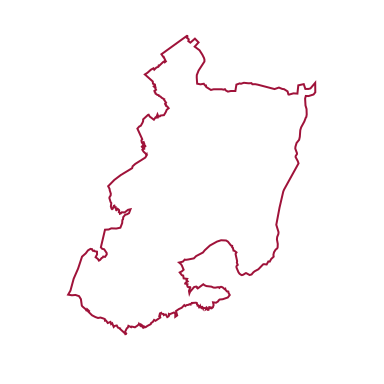 outline of Soledad Atzompa, Veracruz, Mexico, rotated 11°
{"feature_id": "50627088B15412930906672", "entity_name": "Soledad Atzompa", "entity_type": "district", "adm_level": 2, "iso_a3": "MEX", "parent_name": "Mexico", "parent_adm1": "Veracruz", "projection": "robinson", "projection_center": [-97.186, 18.707], "detail": "fine", "context": "isolated", "style": "outline", "palette": "rose", "viewbox_px": 384, "rotation_deg": 11, "n_neighbors": 0, "source": "geoboundaries", "source_scale": "gbopen_adm2", "svg_char_len": 6059}
<svg xmlns="http://www.w3.org/2000/svg" viewBox="0 0 384 384"><g transform="rotate(11 192 192)"><path d="M121.1,333.2L123.8,333.6L126.1,332.7L129.5,333.1L130.8,333.5L131.1,334.9L132.2,334.6L134.3,336.7L136.7,335.1L137.8,337.1L138.7,336.1L140.9,339.4L141.7,338.2L143.6,337.4L145.1,339.2L147.2,339.6L147.1,339.9L153.2,343.6L153.7,344.3L154.2,344.1L154.4,343.4L152.9,342.4L154.0,338.3L154.9,337.3L155.1,335.5L158.0,336.3L158.2,335.7L158.9,335.6L161.8,335.7L164.1,333.4L165.0,332.1L165.1,331.5L166.5,332.8L166.7,332.3L167.1,332.7L167.2,331.8L169.1,332.7L168.4,333.2L170.0,334.6L171.2,333.3L171.7,333.8L172.8,333.1L173.5,332.2L176.7,329.6L176.9,328.4L178.3,327.0L179.2,324.8L180.7,325.4L184.8,321.3L184.2,320.4L184.4,319.5L184.2,319.3L183.6,319.6L183.7,317.3L184.6,316.7L184.7,317.3L187.1,317.2L187.8,318.2L188.5,317.6L189.7,317.3L191.6,319.5L192.7,318.5L193.1,317.2L192.6,316.6L192.6,316.1L193.3,316.3L197.3,313.7L198.8,314.5L199.4,317.7L201.0,316.0L199.0,311.9L201.5,309.4L204.0,307.6L206.0,304.5L207.2,305.3L208.2,304.1L210.1,303.4L210.7,302.8L211.7,302.8L211.5,302.4L213.3,301.3L213.2,300.9L217.1,299.9L218.0,300.1L218.3,301.3L218.8,301.5L219.2,302.5L220.1,302.1L220.6,302.4L221.0,303.9L222.0,303.6L222.1,302.9L222.4,303.5L223.4,304.0L223.7,302.9L224.0,302.8L225.2,304.4L225.3,303.6L227.8,303.5L228.2,302.5L228.7,302.8L228.3,304.4L229.1,303.8L230.1,304.7L230.7,304.5L230.9,301.7L233.1,301.7L232.9,302.5L233.4,302.5L234.5,301.2L234.8,298.9L233.7,296.3L236.7,296.1L238.6,294.3L238.7,293.5L239.6,292.3L242.6,291.4L247.3,288.7L248.7,285.9L247.2,284.2L246.6,282.8L245.2,282.9L243.4,281.4L243.1,280.6L242.5,281.1L240.3,279.8L239.0,279.5L237.8,279.8L237.2,280.9L236.2,280.4L235.3,280.6L233.0,281.5L231.3,281.7L229.1,281.2L224.1,281.6L222.0,281.1L220.7,280.4L216.0,285.6L215.4,285.3L215.0,284.3L214.2,284.0L212.2,284.9L209.1,290.4L208.8,292.0L207.9,289.7L208.5,285.9L208.2,285.7L206.5,286.1L205.8,285.8L205.1,284.7L205.2,283.4L202.8,283.2L202.9,282.6L204.9,280.6L204.3,280.1L203.6,280.2L203.4,279.4L203.8,278.2L200.3,278.4L199.3,275.7L197.9,275.6L195.3,273.3L197.2,271.8L198.6,269.9L196.0,266.0L194.9,264.9L192.8,263.7L196.3,262.1L197.8,259.7L198.8,259.8L201.1,259.0L206.5,256.8L208.3,254.1L214.3,249.3L215.6,246.8L219.8,241.1L226.0,235.9L229.8,233.8L234.7,233.1L236.8,233.9L240.5,237.1L241.7,237.2L242.0,238.7L242.8,239.0L243.9,241.6L244.6,241.5L247.2,242.8L246.6,244.3L246.7,244.8L249.5,251.3L249.5,252.8L250.8,254.8L250.1,255.6L249.8,256.6L250.1,257.7L253.0,262.0L254.3,263.2L255.9,263.9L256.8,264.1L258.1,263.4L260.2,261.4L260.7,261.3L264.4,262.5L266.2,261.6L267.5,259.2L268.7,257.8L271.9,255.2L275.6,249.5L276.4,249.1L279.1,248.9L280.2,245.6L281.6,245.5L282.5,242.7L284.5,239.9L283.9,238.1L284.0,235.5L285.1,232.6L286.4,231.1L286.6,229.9L286.1,226.6L284.4,222.3L284.2,219.9L284.8,216.7L284.6,214.9L281.0,208.1L280.9,190.6L281.5,174.1L281.9,172.1L291.1,143.6L290.0,141.6L287.0,137.9L286.9,137.0L287.8,134.7L287.6,133.8L285.1,129.7L284.9,127.9L285.3,123.9L287.2,120.3L287.3,117.3L286.5,110.6L286.8,107.7L288.8,101.4L289.5,97.3L289.9,96.5L289.8,94.0L288.6,88.7L286.9,85.4L285.2,78.7L285.4,76.0L288.1,75.6L292.7,73.1L294.0,70.6L292.1,61.3L288.5,67.7L286.7,68.6L283.6,69.2L281.1,64.8L276.0,67.0L276.7,75.3L272.8,75.8L268.6,77.9L268.0,77.8L266.6,75.0L262.8,73.5L260.9,73.6L257.4,72.9L253.4,75.2L236.2,74.1L233.7,74.1L230.7,74.7L229.6,73.8L226.8,74.5L222.1,74.9L219.4,76.4L218.1,76.3L215.1,78.1L215.3,84.6L210.7,85.5L208.1,86.6L205.7,85.8L204.7,84.8L203.6,85.5L201.4,85.5L193.7,87.0L191.1,88.2L186.4,86.4L185.6,85.9L185.4,84.8L184.4,84.9L182.9,83.5L179.8,84.7L176.4,84.7L174.8,78.7L174.4,76.3L175.3,71.5L179.3,61.6L179.0,59.8L178.3,58.3L176.0,55.3L172.3,51.4L166.9,48.8L169.9,43.9L165.6,40.9L161.9,45.7L159.6,44.6L159.8,43.1L160.3,43.1L157.2,41.4L157.9,40.6L157.6,39.7L157.2,39.7L135.7,62.6L138.4,65.2L138.6,65.0L140.8,68.0L140.6,68.2L141.4,68.8L140.5,69.9L139.7,69.2L138.8,70.0L135.4,74.8L135.1,74.6L135.0,75.6L133.3,76.6L131.6,79.1L130.6,77.9L128.3,79.8L125.5,83.5L123.3,85.6L132.4,91.0L133.0,93.1L135.1,93.6L135.4,94.5L134.3,95.6L135.3,96.3L135.9,95.7L136.2,96.2L135.8,96.6L137.2,98.5L135.8,99.9L136.3,100.9L137.0,101.2L137.3,102.3L139.5,103.3L140.8,103.3L141.2,104.0L142.8,104.3L144.3,105.3L147.0,106.2L146.9,106.7L149.5,109.3L148.9,110.1L149.6,111.1L149.2,111.2L150.3,112.6L151.4,112.8L153.1,114.2L151.5,116.1L151.0,118.6L149.8,121.9L146.4,123.0L146.2,123.7L144.9,124.3L144.0,123.5L143.3,122.4L142.9,124.5L143.8,124.7L144.1,125.4L142.6,125.9L142.6,125.6L142.0,125.6L140.8,128.3L136.1,126.0L134.7,124.4L134.1,124.7L130.2,130.0L130.5,131.7L130.2,133.4L129.1,136.7L127.7,137.8L126.3,140.2L133.1,149.7L132.5,150.9L133.2,152.8L133.9,153.6L134.7,153.6L134.6,152.5L135.0,152.2L136.0,153.8L136.0,154.8L137.1,155.4L138.0,156.5L136.2,155.6L135.0,155.4L135.0,156.0L135.4,156.0L135.5,156.9L134.4,156.6L134.1,157.1L135.2,158.0L136.2,157.5L136.7,157.8L136.9,158.7L135.8,159.1L135.2,160.0L136.7,161.6L139.4,163.3L140.0,163.1L139.9,164.1L140.6,164.3L139.6,167.1L130.9,175.3L128.8,178.1L128.7,180.0L118.8,189.0L113.5,194.9L108.6,202.3L110.5,204.7L110.9,206.0L112.6,209.1L112.8,210.9L112.1,212.6L112.0,213.6L114.0,217.4L114.9,218.3L115.1,221.7L116.3,223.8L116.8,224.1L117.4,223.5L117.9,220.5L118.4,220.2L119.1,221.8L120.0,221.5L121.1,224.3L121.5,224.3L122.2,222.7L123.7,223.5L124.1,224.2L124.1,225.8L125.0,226.0L125.4,227.1L126.2,226.6L127.0,225.3L129.8,224.9L132.6,221.7L134.9,220.7L134.2,224.8L132.3,226.4L130.8,227.0L129.3,229.8L129.5,231.9L129.0,232.8L129.4,235.8L128.5,240.7L124.7,242.3L119.7,243.1L117.4,244.7L113.8,245.6L113.1,263.7L114.7,264.9L116.7,265.0L119.9,268.2L120.2,269.6L119.0,272.3L117.2,272.3L116.8,273.4L115.9,274.0L114.8,276.1L113.7,277.1L112.4,275.7L109.8,274.4L110.7,271.4L110.1,268.7L107.7,268.7L107.1,268.2L106.2,268.7L105.3,268.1L104.8,267.2L103.2,267.2L101.0,269.2L99.4,272.5L96.4,276.4L94.8,288.9L92.4,299.7L91.5,312.0L90.0,316.4L93.8,316.3L97.3,315.3L101.0,315.8L103.4,318.4L105.5,324.5L106.2,325.2L110.2,327.5L110.8,328.4L111.6,328.5L111.6,327.2L113.7,328.5L113.3,329.4L117.4,332.1L121.1,333.2Z" fill="none" stroke="#9f1239" stroke-width="2"/></g></svg>